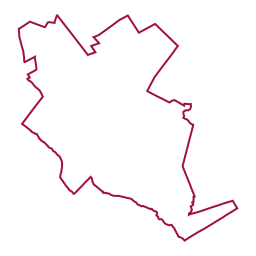 Tintesti, Buzau, Romania (Albers equal-area conic projection)
{"feature_id": "2599482B60981366823487", "entity_name": "Tintesti", "entity_type": "district", "adm_level": 2, "iso_a3": "ROU", "parent_name": "Romania", "parent_adm1": "Buzau", "projection": "albers", "projection_center": [26.882, 45.056], "detail": "fine", "context": "isolated", "style": "outline", "palette": "rose", "viewbox_px": 256, "rotation_deg": 0, "n_neighbors": 0, "source": "geoboundaries", "source_scale": "gbopen_adm2", "svg_char_len": 5558}
<svg xmlns="http://www.w3.org/2000/svg" viewBox="0 0 256 256"><path d="M201.8,230.2L201.0,230.2L202.7,229.7L207.1,227.0L211.4,224.4L216.7,221.1L222.8,217.4L223.8,216.8L224.8,216.0L227.4,214.4L231.8,211.7L232.2,211.4L232.3,211.4L237.2,208.4L235.0,204.5L234.0,203.0L233.9,202.8L232.8,200.8L229.2,201.8L224.4,203.2L222.9,203.7L219.4,205.0L211.4,207.5L204.5,209.9L201.5,210.9L197.6,212.2L189.7,214.3L188.9,214.8L188.9,214.1L189.0,213.5L189.3,213.2L189.7,212.9L190.5,212.6L191.1,211.6L191.1,211.3L191.4,211.2L191.7,210.1L191.8,209.3L191.6,208.6L191.2,208.0L191.1,207.6L191.0,206.9L191.0,206.6L190.8,206.4L191.3,205.9L192.6,205.4L193.2,204.8L193.2,204.2L192.2,202.5L193.4,202.2L193.6,201.4L193.3,201.0L193.4,200.7L193.5,200.2L193.6,199.2L193.5,197.3L193.5,196.8L194.6,196.8L194.7,196.5L193.0,192.2L192.9,192.1L190.9,187.1L190.0,184.6L189.8,184.1L189.0,182.2L188.2,180.2L187.9,179.4L187.1,177.4L186.9,177.0L185.2,172.8L183.7,169.0L183.6,168.7L182.6,166.1L183.5,162.7L183.8,161.4L184.1,160.3L185.6,154.5L187.2,148.3L187.6,147.0L188.4,143.5L189.7,138.6L190.7,134.8L190.7,134.6L192.0,130.0L193.0,125.9L193.2,124.8L193.1,124.6L191.7,124.3L190.1,123.2L189.5,122.4L188.4,120.9L187.0,119.5L185.4,118.9L184.1,118.2L183.3,117.8L183.3,117.7L184.2,115.9L184.0,115.5L183.5,114.2L183.4,113.0L183.4,112.3L183.5,111.9L183.6,111.7L184.0,111.3L184.8,110.7L185.1,110.6L185.8,110.4L188.2,110.3L189.1,109.8L189.9,109.3L190.2,108.9L190.5,108.2L190.9,106.9L190.9,105.4L190.8,104.0L189.3,104.2L184.4,103.7L184.2,105.6L183.1,105.1L182.9,105.0L176.5,101.2L175.3,100.5L175.0,100.4L174.4,100.1L174.0,100.3L173.7,100.3L173.3,100.3L171.6,100.9L171.0,101.4L169.6,102.5L165.5,100.5L162.8,99.0L161.6,98.5L155.5,95.5L150.7,93.0L147.2,91.0L153.0,80.1L155.3,75.9L155.9,75.5L157.6,73.0L161.2,68.3L161.5,67.9L163.7,64.9L168.4,58.8L170.8,55.7L175.4,49.3L177.6,46.2L177.9,46.0L174.8,43.0L171.6,39.9L170.0,38.3L163.5,32.1L155.2,23.9L138.9,32.7L127.8,15.5L119.3,20.1L115.7,22.7L115.7,22.8L108.4,28.1L102.9,32.1L98.4,35.3L93.6,37.1L99.1,43.2L91.2,46.0L95.4,52.3L88.1,54.8L87.9,55.0L83.2,48.8L78.3,42.5L74.7,37.8L73.4,36.1L71.2,33.3L69.3,30.8L68.3,29.6L68.1,29.4L66.8,27.6L63.4,23.3L63.3,23.2L58.5,17.0L58.4,16.9L57.6,15.8L57.4,15.4L57.0,15.4L56.9,15.6L56.7,15.8L56.7,16.0L56.4,16.8L54.5,22.2L54.6,22.8L54.4,22.8L54.2,22.8L54.0,22.7L53.8,22.7L53.7,22.7L52.4,22.6L50.0,22.3L49.1,22.2L48.1,22.2L47.7,22.8L47.4,23.2L47.1,23.7L46.6,24.3L45.3,26.8L45.1,26.8L44.8,27.1L44.7,27.2L34.2,23.3L30.7,22.0L29.9,21.7L29.7,21.8L27.0,23.6L20.2,28.1L18.8,28.7L18.9,30.2L19.0,31.5L19.1,32.7L19.2,33.8L19.3,35.5L19.4,36.9L19.4,37.2L20.1,39.6L21.2,43.9L21.8,46.0L22.1,47.4L23.2,51.0L23.3,51.6L23.4,52.2L23.4,53.0L23.6,54.0L23.8,55.4L24.0,56.8L24.2,58.4L24.2,58.9L24.0,59.5L24.2,60.6L24.4,61.9L24.4,62.1L24.6,62.2L34.9,56.8L34.8,57.4L35.9,64.2L36.5,69.0L36.2,69.8L27.8,74.4L29.7,77.3L29.8,77.5L27.4,78.8L27.9,79.8L29.3,80.8L30.5,81.4L32.2,82.9L33.4,84.5L34.3,85.8L36.1,87.4L39.5,90.3L41.3,93.3L42.3,95.8L42.8,96.7L33.7,108.4L28.8,115.0L25.3,119.6L22.1,123.9L27.2,127.7L30.9,130.7L31.0,130.8L30.9,131.1L31.0,131.3L31.3,131.5L31.8,131.8L32.0,132.0L32.5,132.3L32.8,132.4L33.6,132.7L34.3,133.0L34.5,133.2L34.9,133.6L35.3,133.8L35.6,133.8L36.4,133.8L36.7,133.9L36.9,134.1L37.1,134.5L37.4,135.3L38.0,136.2L38.4,136.7L38.6,137.0L38.8,137.6L39.0,138.5L39.3,138.8L39.5,138.9L40.0,139.0L40.5,139.6L40.7,139.8L40.9,140.2L41.1,140.4L41.3,140.6L42.6,141.6L42.8,141.6L43.3,141.7L43.6,142.0L43.8,142.0L44.2,142.4L45.8,143.9L46.3,144.6L47.7,145.7L47.8,145.9L48.3,146.9L49.3,147.6L50.1,148.1L50.6,148.3L50.9,148.4L51.2,148.4L51.7,148.6L52.1,149.0L53.4,151.3L53.6,151.4L54.0,151.5L54.5,151.6L54.9,151.9L55.8,152.7L56.0,153.0L56.5,153.9L56.9,154.4L57.3,154.6L57.5,154.7L57.8,155.0L58.7,155.8L59.8,156.8L60.4,158.0L60.5,158.6L61.0,159.4L61.6,160.5L62.1,163.0L62.0,167.4L61.7,169.3L61.3,170.7L61.5,171.8L60.8,173.2L60.6,174.3L60.1,176.9L60.6,178.1L64.0,182.8L65.9,185.7L68.0,188.1L69.0,189.7L70.5,190.9L71.6,191.4L72.8,192.6L73.6,193.8L74.8,193.3L74.9,193.2L82.9,184.9L84.1,183.6L90.7,176.9L91.7,178.3L92.5,181.6L92.6,181.8L93.7,184.4L94.3,185.0L94.5,185.0L98.0,187.8L98.8,188.5L102.7,191.9L102.9,191.8L103.2,192.8L103.5,192.7L103.9,192.7L104.1,192.7L105.6,193.0L106.7,193.2L109.4,193.7L109.6,193.9L110.2,194.5L110.6,194.7L112.3,195.3L113.4,195.8L113.7,195.8L114.9,195.9L117.7,195.9L118.8,195.9L119.1,196.0L122.5,196.8L123.1,196.9L128.0,198.1L128.6,198.2L130.1,198.6L130.9,198.7L131.4,199.0L132.2,199.6L133.8,201.2L135.7,202.2L136.3,202.7L137.6,204.4L137.8,204.6L138.3,204.8L139.8,205.3L140.2,205.5L141.1,206.1L141.4,206.3L141.5,206.3L141.8,206.3L142.9,206.0L143.3,206.0L144.2,206.6L145.3,206.8L147.6,207.9L148.2,208.1L149.3,208.7L149.4,208.8L149.8,208.9L151.5,208.8L151.8,208.9L152.5,210.0L153.0,210.2L154.5,211.2L156.0,211.5L156.4,211.7L156.7,212.0L157.1,213.0L157.2,213.4L157.1,213.6L157.0,213.9L156.5,214.6L156.4,215.1L156.4,215.4L156.5,215.6L156.8,215.8L157.6,216.3L158.0,216.5L158.2,216.8L158.2,217.3L158.3,217.9L158.5,218.5L158.8,219.0L159.1,219.2L159.5,219.3L160.1,219.3L160.8,219.1L161.3,219.2L161.7,219.4L162.3,219.8L163.8,222.0L164.5,222.9L165.3,223.7L166.0,224.1L167.1,224.6L168.1,224.9L168.9,225.2L169.6,225.3L171.1,224.8L171.4,224.8L171.6,224.9L171.9,225.1L172.2,225.8L172.4,226.1L172.9,226.8L173.3,227.2L173.9,227.7L174.1,228.0L174.4,228.5L174.6,229.0L174.8,229.6L175.0,230.1L175.9,231.5L176.2,232.1L176.7,233.2L177.0,233.8L177.5,234.6L177.9,235.2L178.2,236.1L178.5,236.7L178.9,236.8L181.5,237.8L182.3,238.3L183.1,238.9L184.6,240.6L189.9,237.1L193.2,235.1L199.0,231.6L201.8,230.2Z" fill="none" stroke="#9f1239" stroke-width="2"/></svg>